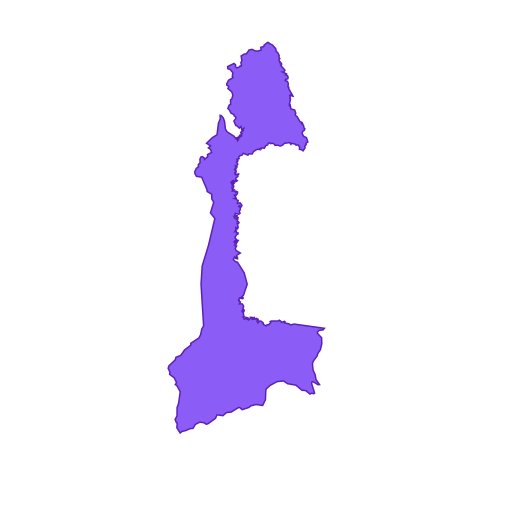 outline of Pinogana, Darién, Panama, rotated 30°
{"feature_id": "35544464B85836861885504", "entity_name": "Pinogana", "entity_type": "district", "adm_level": 2, "iso_a3": "PAN", "parent_name": "Panama", "parent_adm1": "Darién", "projection": "albers", "projection_center": [-77.802, 8.304], "detail": "fine", "context": "isolated", "style": "filled", "palette": "violet", "viewbox_px": 512, "rotation_deg": 30, "n_neighbors": 0, "source": "geoboundaries", "source_scale": "gbopen_adm2", "svg_char_len": 6105}
<svg xmlns="http://www.w3.org/2000/svg" viewBox="0 0 512 512"><g transform="rotate(30 256 256)"><path d="M244.2,141.4L244.4,137.7L243.3,136.5L243.8,134.5L242.9,133.4L243.9,131.3L240.4,128.2L237.6,128.6L234.8,126.9L234.1,124.9L235.0,122.9L234.7,121.4L233.7,121.2L231.7,119.0L229.4,118.5L229.9,117.8L228.8,117.3L227.0,117.7L221.9,114.7L220.3,114.6L219.1,113.6L219.1,112.5L216.5,110.2L212.6,111.2L211.1,109.2L209.9,109.1L210.4,108.5L209.8,107.7L209.0,107.8L207.4,102.8L206.4,102.6L206.3,101.4L204.9,100.1L205.5,99.0L206.4,99.6L208.1,99.1L200.7,94.7L200.0,93.4L199.1,93.5L197.8,90.6L196.3,89.3L195.3,89.0L193.7,89.6L193.4,88.3L195.0,86.5L194.2,84.8L192.8,84.0L191.1,84.4L191.3,83.0L187.2,83.3L188.0,82.7L188.2,80.6L181.9,78.5L182.5,77.5L182.0,76.7L181.2,76.2L179.9,76.7L179.8,75.8L178.6,75.4L177.6,74.3L178.0,73.2L176.5,72.4L175.9,70.8L173.0,68.9L171.4,68.8L169.3,66.5L164.5,65.0L161.5,65.3L160.2,64.8L159.2,65.3L157.6,69.2L157.9,70.8L155.8,72.9L157.5,75.1L155.2,77.5L152.8,78.8L149.3,79.0L147.0,81.0L146.6,85.7L144.7,87.2L143.1,90.2L146.2,94.0L146.2,96.1L148.0,98.0L148.1,99.0L147.2,99.3L147.3,100.2L145.5,102.6L143.5,102.3L142.8,100.7L140.7,100.2L136.7,106.1L138.0,107.9L140.6,107.4L144.3,108.9L145.6,112.2L146.9,113.0L144.3,117.5L144.6,121.8L145.3,122.6L147.7,122.8L148.0,125.1L152.8,125.9L155.5,128.2L156.5,132.0L155.9,133.6L158.2,137.3L157.3,138.9L157.9,142.4L159.7,142.7L162.9,144.8L165.9,144.5L167.2,145.6L168.8,145.6L169.7,146.7L169.4,150.2L173.2,153.1L174.4,152.8L177.6,153.6L178.2,151.4L180.7,154.0L181.6,151.7L182.3,154.1L180.9,156.5L181.7,157.2L182.6,157.0L182.6,158.2L183.6,159.1L183.0,160.0L181.7,159.3L181.4,161.5L182.1,161.1L182.6,161.6L181.7,163.1L181.2,162.0L180.2,163.2L182.5,163.9L182.7,163.4L182.4,165.4L181.6,164.5L179.9,164.5L177.5,163.3L168.9,162.9L166.1,161.4L161.6,155.3L158.7,152.8L155.9,151.8L154.6,152.1L156.5,155.2L157.0,159.6L161.6,170.5L159.0,175.4L156.8,183.1L161.7,183.4L160.7,186.2L163.3,186.4L165.8,188.5L163.3,192.4L164.5,194.1L163.1,198.1L162.1,197.0L160.0,196.7L158.8,197.8L159.0,200.1L161.0,203.4L160.3,205.6L161.5,207.4L160.5,210.0L160.8,213.5L161.8,215.1L164.6,216.8L169.5,214.9L180.1,222.8L181.5,224.6L186.7,224.6L189.2,228.7L192.5,230.6L195.0,241.4L201.6,244.1L209.6,270.8L214.4,291.6L222.5,307.9L245.5,342.6L245.6,346.5L247.4,351.9L247.5,355.6L243.2,364.1L244.1,365.9L241.1,373.0L240.5,379.8L237.3,383.7L238.0,386.3L235.5,394.6L236.1,397.2L239.3,399.5L240.4,401.7L246.2,402.4L250.5,405.4L250.4,407.7L252.2,407.8L258.2,411.4L262.7,422.5L263.4,426.7L267.5,433.9L267.7,438.1L270.5,440.2L271.3,440.0L273.3,444.3L278.8,447.2L279.8,444.7L282.0,442.8L285.6,438.1L287.6,436.9L287.7,432.1L290.5,427.9L294.5,426.4L297.0,426.6L298.3,425.3L302.1,416.8L301.6,413.1L307.2,410.8L308.7,406.4L312.6,403.5L316.6,396.0L317.8,395.4L320.9,396.0L325.5,390.8L326.5,388.3L330.3,384.6L336.5,382.1L336.0,375.7L331.4,366.9L331.4,365.8L332.8,361.2L337.1,354.2L342.4,350.4L347.2,350.8L355.2,347.9L362.9,349.3L366.4,347.7L371.8,348.6L372.9,346.9L374.9,346.4L375.3,345.4L368.0,338.7L367.4,337.0L368.2,336.3L374.0,336.5L375.3,335.6L369.6,332.9L366.8,329.4L362.5,326.3L358.8,321.2L358.2,318.3L358.9,312.0L358.3,309.5L358.6,304.9L356.8,299.0L353.7,294.0L348.1,292.3L347.2,291.3L347.9,288.8L351.0,286.5L351.4,284.4L323.0,295.9L320.3,298.5L318.4,298.2L314.2,299.7L314.1,298.5L313.4,298.3L311.1,300.8L310.3,300.1L308.2,300.0L307.7,301.2L301.8,304.6L301.1,305.6L302.0,306.0L301.5,308.8L300.0,310.1L299.6,311.5L296.5,311.6L295.9,310.4L292.9,309.9L291.6,310.5L291.1,313.0L289.4,312.0L289.3,310.9L290.0,310.7L289.6,309.8L287.8,309.7L287.5,310.7L285.9,311.6L285.5,310.8L286.1,310.5L285.1,310.1L284.8,312.6L283.9,312.6L283.8,311.2L283.1,311.1L281.7,312.0L282.2,312.7L281.9,314.3L280.4,314.1L281.1,315.1L279.8,315.1L279.7,313.7L278.2,314.5L278.7,315.0L277.3,316.6L275.8,315.5L276.4,314.7L275.3,315.1L275.6,314.2L273.5,311.7L271.4,310.7L271.5,309.9L272.6,310.9L273.3,310.3L273.0,308.8L270.8,308.1L270.7,306.3L269.9,305.2L267.9,304.4L265.5,305.8L265.5,303.6L263.9,303.6L263.6,302.5L262.8,302.7L262.6,300.6L265.7,299.7L266.0,299.1L265.5,298.5L263.9,299.1L264.8,296.3L262.5,284.8L254.2,276.5L243.0,270.6L241.1,271.2L238.1,270.4L238.0,267.5L239.6,268.2L241.4,267.7L240.5,266.3L239.4,267.0L239.1,264.7L240.9,261.3L235.8,261.2L234.2,259.6L234.2,257.1L232.3,257.5L233.0,255.4L231.3,253.9L231.0,255.4L229.8,254.4L230.5,252.6L232.7,253.6L232.8,251.4L231.3,251.8L228.4,250.4L228.6,246.9L229.4,246.1L229.0,245.0L227.4,245.6L226.6,244.2L225.5,245.4L225.6,243.9L224.4,241.7L226.1,242.1L226.5,241.5L225.6,240.8L226.2,240.0L223.5,237.3L224.6,236.6L224.6,235.6L223.6,235.1L222.5,235.6L221.0,231.0L220.6,234.0L219.2,234.2L217.5,233.0L219.6,232.2L219.5,230.6L217.2,231.4L216.8,229.3L220.2,228.5L220.8,227.0L219.0,225.5L219.3,224.0L218.2,221.7L216.3,221.7L216.7,220.7L217.3,221.2L218.6,220.8L218.5,219.1L215.6,217.9L213.6,219.7L212.8,216.8L212.1,217.2L210.4,216.4L208.6,217.0L209.7,215.7L206.8,214.1L207.2,213.6L208.3,213.8L208.7,211.4L208.1,209.8L206.4,209.9L206.4,210.9L205.5,210.3L203.2,211.4L203.8,209.7L202.5,210.2L201.2,209.1L202.4,208.4L201.8,206.6L200.4,207.2L200.6,205.5L200.0,205.2L198.9,206.4L199.2,205.6L197.4,204.7L198.0,203.2L198.6,204.4L200.5,204.6L200.7,204.0L199.3,203.7L199.0,202.0L200.3,202.4L200.4,201.4L201.3,201.8L202.1,200.1L200.4,199.9L199.6,198.7L200.5,196.0L199.8,195.3L200.1,193.7L199.4,193.7L199.4,195.0L197.4,195.8L197.0,195.3L197.8,194.2L196.7,195.3L196.0,194.6L196.1,193.9L196.9,193.9L196.5,192.3L194.3,191.9L195.2,190.5L194.3,190.3L194.7,189.5L193.2,188.3L194.7,188.1L194.2,187.7L194.3,185.5L192.2,184.6L192.0,183.7L192.6,183.8L192.8,182.8L192.2,181.7L191.3,181.6L192.7,180.1L191.8,179.6L191.7,177.5L193.4,175.7L193.6,173.4L198.6,172.7L198.6,171.3L201.7,169.5L201.6,167.1L202.9,164.2L204.1,162.7L206.1,161.9L205.6,161.6L206.1,160.6L207.1,160.5L207.1,159.3L209.4,158.5L209.2,155.7L210.6,153.9L210.2,152.3L211.2,151.1L212.2,151.5L214.1,150.0L216.4,150.1L217.1,150.7L219.5,149.1L221.9,148.7L223.3,147.2L224.4,144.1L228.4,141.0L230.4,141.9L230.4,140.7L234.0,139.5L235.2,140.0L236.8,138.8L239.3,139.9L240.3,141.9L241.9,141.2L244.2,141.4Z" fill="#8b5cf6" stroke="#5b21b6" stroke-width="1.5"/></g></svg>